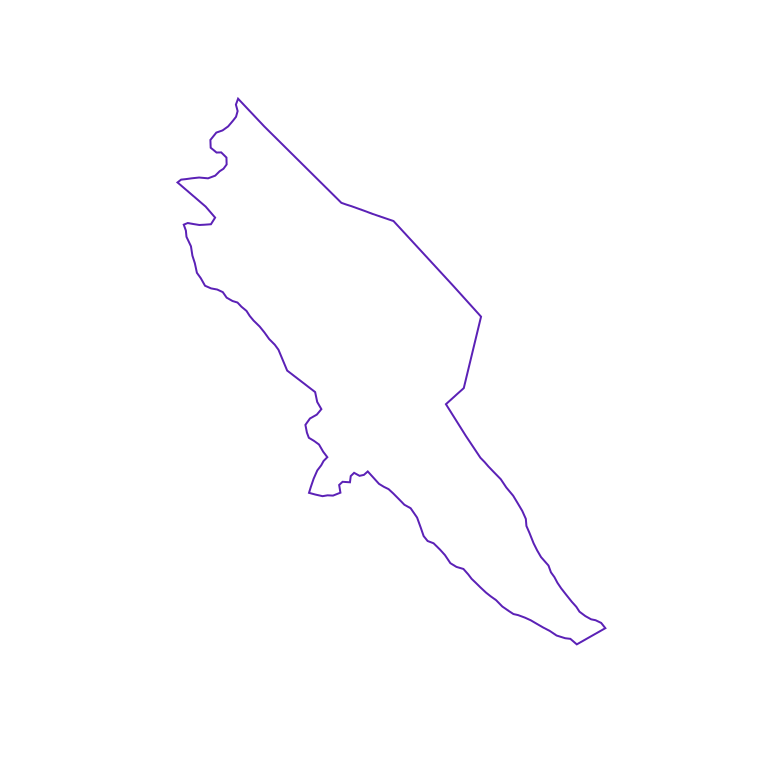 Itiruçu, Bahia, Brazil (Equal Earth projection), rotated 332°
{"feature_id": "56859067B82004769572175", "entity_name": "Itiruçu", "entity_type": "district", "adm_level": 2, "iso_a3": "BRA", "parent_name": "Brazil", "parent_adm1": "Bahia", "projection": "equal_earth", "projection_center": [-40.17, -13.503], "detail": "fine", "context": "isolated", "style": "outline", "palette": "violet", "viewbox_px": 768, "rotation_deg": 332, "n_neighbors": 0, "source": "geoboundaries", "source_scale": "gbopen_adm2", "svg_char_len": 2172}
<svg xmlns="http://www.w3.org/2000/svg" viewBox="0 0 768 768"><g transform="rotate(332 384 384)"><path d="M464.8,703.5L463.6,696.9L459.9,691.9L456.4,689.0L452.8,683.4L449.7,676.8L449.2,671.0L447.6,664.6L445.9,655.5L444.5,647.6L443.8,640.9L443.8,634.5L443.0,628.7L444.0,621.5L441.4,610.6L441.1,602.9L441.3,594.9L442.5,584.0L443.1,576.2L445.9,569.7L446.5,561.0L446.1,552.4L445.6,543.3L443.4,532.8L442.4,522.9L439.4,512.6L437.5,505.9L436.2,500.2L434.5,494.4L431.9,468.3L429.2,430.9L443.9,427.2L452.5,425.1L501.3,370.1L491.3,330.2L468.9,244.6L453.8,228.5L447.8,221.7L438.7,211.7L434.8,207.7L431.4,204.0L419.9,167.0L399.2,100.4L389.1,63.6L384.4,67.8L382.9,74.3L378.8,78.6L374.1,80.7L367.3,83.4L360.5,84.3L354.0,83.3L345.3,87.0L341.9,94.0L344.8,101.0L349.0,103.1L351.2,110.1L348.1,116.3L343.3,118.6L338.7,119.0L332.8,120.8L325.2,119.8L317.7,114.9L311.0,112.2L305.3,110.1L300.8,108.3L296.3,109.1L309.8,143.6L313.0,157.8L306.2,161.7L300.1,159.0L295.6,156.9L290.7,153.2L286.2,149.7L282.0,149.3L281.1,155.5L278.7,161.3L278.2,171.8L275.1,180.7L273.7,188.5L271.0,198.0L271.9,204.6L272.1,213.2L276.2,218.4L281.1,222.3L284.8,227.2L285.6,233.9L289.2,239.6L292.9,243.3L294.4,248.8L296.9,254.9L297.4,260.9L298.6,266.7L301.2,274.9L302.6,282.2L303.7,290.4L306.0,298.0L306.9,304.2L304.8,326.7L319.4,358.8L316.6,368.5L316.9,376.8L310.3,379.5L302.4,379.7L295.4,383.2L293.1,390.8L292.4,396.2L295.4,401.2L298.2,406.9L298.5,415.2L299.6,422.0L294.5,423.6L290.4,426.3L284.5,429.0L277.4,434.6L271.0,440.6L266.7,444.9L271.5,449.4L277.1,454.2L281.9,455.8L286.6,458.6L294.5,459.5L297.0,452.1L301.5,450.9L307.8,454.8L311.4,449.7L315.9,448.4L319.3,453.6L323.6,454.8L328.6,453.6L330.8,462.2L332.7,469.8L335.6,474.7L338.7,479.0L340.8,485.0L343.5,494.0L345.3,500.2L349.2,506.2L350.5,517.5L349.0,528.1L347.6,536.9L348.8,543.1L353.0,547.9L355.7,556.5L357.5,563.7L358.5,573.4L362.1,579.5L367.3,584.6L369.0,591.7L369.9,597.2L371.6,602.3L373.6,608.7L376.1,616.0L378.5,621.5L381.5,627.5L384.0,636.0L387.6,643.0L390.3,647.9L393.9,651.0L398.7,656.4L402.7,661.6L405.9,666.8L410.2,673.7L414.4,679.8L418.3,687.1L424.6,693.5L428.9,696.5L432.0,704.4L464.8,703.5Z" fill="none" stroke="#5b21b6" stroke-width="2"/></g></svg>